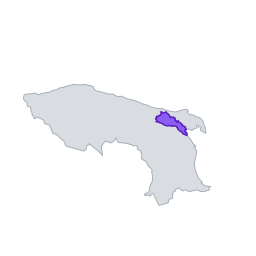 location of Cajamarca within Peru, rotated 128°
{"feature_id": "PER-578", "entity_name": "Cajamarca", "entity_type": "Department", "adm_level": 1, "iso_a3": "PER", "parent_name": "Peru", "parent_adm1": "", "projection": "equal_earth", "projection_center": [-78.825, -6.177], "detail": "fine", "context": "in_parent", "style": "filled", "palette": "violet", "viewbox_px": 256, "rotation_deg": 128, "n_neighbors": 0, "source": "natural_earth", "source_scale": "10m", "svg_char_len": 6773}
<svg xmlns="http://www.w3.org/2000/svg" viewBox="0 0 256 256"><g transform="rotate(128 128 128)"><path d="M170.5,73.1L170.5,73.9L169.8,74.2L169.1,73.7L168.2,73.9L166.8,72.2L163.6,72.4L162.1,74.4L159.9,74.8L157.5,75.7L154.8,76.1L150.6,79.3L149.6,80.6L147.7,82.5L146.1,83.1L145.3,88.8L143.8,92.2L143.2,94.0L144.0,96.8L144.0,98.2L143.1,99.3L142.4,99.4L140.9,100.5L138.8,103.1L138.4,105.0L139.1,107.6L138.8,107.9L137.0,108.4L137.1,109.8L136.7,110.4L138.2,112.4L139.1,112.9L139.1,113.4L139.0,113.9L138.6,114.2L138.6,114.6L139.7,116.2L140.5,119.2L142.0,120.7L142.0,121.7L142.5,122.7L143.3,123.4L145.2,126.5L145.2,127.9L143.2,131.1L146.5,131.1L150.1,132.2L150.6,132.8L151.0,134.2L151.1,135.2L151.8,136.0L151.7,137.7L156.4,137.8L159.5,137.3L164.6,131.9L165.3,131.4L164.9,132.6L164.8,133.5L165.1,134.4L164.5,135.7L164.3,149.0L165.3,148.3L166.4,149.5L167.3,149.6L170.0,148.1L173.2,148.3L180.3,165.6L179.7,166.7L179.7,167.6L178.8,168.4L177.9,169.8L177.7,176.6L176.9,178.7L177.3,179.8L177.7,181.9L178.4,183.2L178.5,184.1L178.5,184.4L177.4,185.1L177.3,186.4L175.5,188.8L175.1,190.4L174.4,191.0L174.3,192.8L175.9,195.9L174.8,197.7L173.8,200.3L175.3,205.9L176.0,206.7L176.7,206.7L177.8,207.2L178.4,208.0L177.0,209.1L176.8,209.5L176.9,211.4L175.4,212.7L173.3,216.3L172.8,216.4L171.8,217.5L171.6,218.0L171.8,218.5L172.6,219.6L172.7,220.9L171.2,222.4L170.2,222.6L169.9,223.0L170.2,225.2L170.2,226.2L169.9,227.3L169.1,228.5L167.0,229.8L165.1,230.1L161.9,226.8L160.9,225.5L157.7,222.8L157.3,219.9L156.2,218.5L154.2,217.5L152.7,216.0L151.5,215.3L148.6,212.1L146.0,211.1L141.0,207.6L138.4,206.5L135.0,203.3L133.1,202.5L131.6,201.0L127.1,197.8L126.4,196.8L125.8,195.2L124.8,194.3L123.7,192.1L122.0,190.9L120.4,189.2L118.4,184.7L117.5,183.7L117.4,181.6L116.8,180.7L117.7,180.0L118.4,176.8L118.1,175.2L115.8,170.9L115.3,169.1L113.7,165.8L113.1,163.9L111.7,162.4L111.2,161.2L110.4,160.7L110.4,159.1L109.9,156.2L109.1,154.8L106.5,152.1L106.2,149.1L105.6,147.0L101.9,138.7L99.8,130.7L97.9,126.2L97.2,123.6L97.1,122.2L95.8,119.9L95.1,117.7L92.0,113.5L90.3,108.8L90.0,107.5L88.8,104.9L86.9,101.6L85.9,100.2L80.1,96.1L77.3,93.6L77.0,92.3L77.1,91.5L77.7,90.8L78.6,91.4L79.1,91.1L79.5,90.2L79.5,88.8L79.0,87.0L77.1,83.6L77.6,82.0L75.7,78.0L76.1,74.1L76.5,73.1L79.4,69.1L80.1,67.4L81.4,66.4L82.6,64.8L84.1,63.6L84.5,64.0L85.0,66.1L84.9,67.5L85.3,69.1L84.3,70.5L83.2,70.2L82.7,70.6L82.6,71.2L82.7,72.3L83.0,72.8L83.9,72.8L82.7,74.9L82.8,75.3L83.6,75.7L84.4,75.2L85.2,74.0L85.6,73.8L88.5,75.8L89.8,75.6L90.8,76.5L91.0,78.0L92.4,80.9L94.5,81.6L94.9,81.4L95.4,80.3L95.8,80.1L95.9,78.5L97.8,76.8L98.0,75.6L97.8,74.8L97.8,74.1L98.9,70.3L99.2,69.9L99.6,68.7L100.0,68.0L100.6,63.7L101.1,63.7L101.6,64.7L102.2,64.5L101.9,63.5L102.0,63.2L104.0,59.8L104.7,59.0L114.5,54.3L119.4,49.5L123.8,42.7L125.1,35.9L125.6,36.4L126.5,36.2L126.2,33.4L126.4,32.1L126.4,31.7L125.0,30.1L124.5,28.3L123.3,27.3L123.3,26.9L124.6,27.2L125.7,27.1L126.7,25.9L127.4,26.0L129.0,27.6L130.2,27.7L130.6,28.8L131.8,29.6L133.4,32.0L134.2,34.6L134.1,35.1L134.8,36.4L136.4,37.1L138.0,38.9L139.7,39.5L140.4,41.2L140.9,41.8L141.1,42.8L140.9,43.9L141.1,44.5L142.3,45.5L143.4,45.6L143.6,46.1L144.2,48.9L143.8,50.3L144.0,51.1L145.3,51.8L145.7,52.4L146.8,52.5L148.4,51.9L150.3,52.8L151.8,52.5L152.4,52.3L153.1,51.6L153.7,51.7L155.2,49.9L155.7,49.7L157.3,50.5L158.6,51.7L160.3,51.5L161.0,50.7L162.2,50.3L164.4,51.8L164.9,52.5L165.5,52.7L167.8,54.2L168.2,54.8L169.5,55.4L169.7,55.9L169.7,56.4L164.1,68.0L165.8,69.0L167.4,68.4L168.2,69.1L168.8,71.0L170.1,72.3L170.5,73.1Z" fill="#d9dde1" stroke="#a8b0b8" stroke-width="1"/><path d="M94.6,81.8L94.9,81.6L95.1,81.3L95.1,81.0L95.2,80.5L95.3,80.3L95.5,80.2L95.9,80.2L96.0,79.9L95.9,79.7L95.8,79.2L95.7,78.9L95.8,78.6L96.0,78.3L96.4,77.8L96.7,77.5L97.5,77.1L97.7,77.4L98.0,78.2L98.2,79.3L98.3,79.7L98.5,80.1L98.6,80.4L98.6,80.5L98.7,81.1L98.7,81.3L98.7,81.5L98.5,81.8L98.4,81.9L98.3,82.0L98.1,82.9L98.1,83.2L98.1,83.4L98.1,83.5L98.3,84.3L98.3,84.7L98.4,85.9L98.4,86.9L98.4,87.1L98.4,87.3L98.3,87.6L98.2,87.8L98.1,88.0L97.7,88.8L97.5,89.2L97.4,89.3L97.2,89.5L97.3,89.6L97.4,89.8L97.3,90.0L97.2,90.1L97.1,90.3L97.0,90.6L97.0,91.1L97.3,91.5L97.4,91.8L97.6,92.3L98.2,93.1L98.2,93.3L98.3,93.5L98.5,93.7L98.6,93.8L98.8,93.8L99.0,93.9L99.1,94.1L99.5,94.4L99.7,94.6L99.8,94.8L99.9,95.3L100.2,95.9L100.6,96.9L100.8,97.2L101.3,97.5L101.5,97.8L101.9,98.0L102.0,98.1L102.2,98.5L102.4,98.8L102.5,99.0L102.8,100.2L103.3,101.2L103.3,101.5L103.4,102.2L103.4,102.3L103.2,102.3L103.2,102.5L103.3,102.7L103.4,102.8L103.4,103.0L103.3,103.4L103.4,103.7L103.4,104.0L103.5,104.3L103.7,104.5L103.9,105.0L104.0,105.8L104.1,106.0L104.3,106.2L104.3,106.4L104.3,106.5L104.5,106.6L104.6,106.8L104.5,107.2L104.5,107.3L104.7,107.5L104.7,108.0L104.8,108.4L105.0,108.6L105.2,108.8L105.4,109.0L105.5,109.4L105.3,109.3L105.2,109.3L104.9,109.4L104.7,109.4L104.6,109.5L104.1,109.8L104.1,110.0L104.2,110.3L104.2,110.6L104.2,110.9L104.1,111.2L104.0,111.6L103.9,111.7L103.5,111.7L103.4,111.7L103.0,111.9L102.9,112.0L102.8,111.9L102.7,111.9L102.6,111.7L102.4,111.6L101.9,112.2L101.6,112.5L101.3,112.7L101.2,112.7L101.0,112.2L100.9,112.1L100.8,111.9L100.7,111.9L100.4,111.7L100.2,111.4L99.8,111.4L99.4,111.3L99.2,111.2L99.0,110.9L98.6,110.6L98.3,110.5L98.1,110.5L97.9,110.5L97.7,110.7L97.4,110.5L97.0,110.3L96.9,110.4L96.7,110.5L96.4,110.7L96.2,110.7L95.8,110.8L95.6,110.9L95.6,111.0L95.5,111.3L95.4,111.5L95.3,111.8L95.2,112.0L94.6,111.5L94.6,111.4L94.6,111.1L94.7,110.8L94.7,110.7L94.6,110.4L94.4,109.8L94.4,109.7L94.2,109.3L93.7,108.8L93.5,108.7L93.2,108.6L92.6,108.3L92.2,108.2L92.0,107.9L91.9,107.8L92.0,107.5L92.1,107.4L92.2,107.2L92.3,106.8L92.3,106.7L92.3,106.4L92.2,106.0L92.3,104.3L92.4,104.2L92.5,104.1L92.5,103.9L92.5,103.0L92.5,102.9L92.7,102.7L92.9,102.6L93.1,102.4L93.4,101.9L93.5,101.8L93.7,101.7L93.8,101.5L93.8,101.4L93.8,101.1L93.7,100.9L93.2,100.7L92.8,100.5L92.6,100.5L92.4,100.3L92.2,99.8L92.1,99.3L92.0,99.1L91.9,99.0L91.8,98.9L91.7,98.9L91.4,98.8L91.4,98.2L91.5,98.0L91.5,97.8L91.5,97.7L91.4,97.6L91.3,97.3L91.3,97.2L91.4,96.8L91.5,96.7L91.7,96.4L91.8,96.3L92.0,96.2L92.7,96.1L93.0,95.6L93.1,95.3L93.1,95.2L92.9,95.0L92.7,94.9L92.7,94.7L92.8,94.4L93.2,93.8L93.3,93.7L93.3,93.3L93.3,93.2L93.2,93.2L92.9,93.0L92.8,92.9L92.7,92.8L92.6,92.7L92.4,92.8L92.1,93.1L92.0,92.9L91.9,92.8L91.7,92.9L91.4,92.8L91.5,92.7L91.8,92.3L91.9,92.2L92.0,92.1L92.2,91.9L92.1,91.4L91.9,91.2L91.8,90.9L91.8,90.6L91.7,90.2L91.6,89.9L91.8,89.1L91.8,88.5L91.8,88.3L91.8,88.2L91.7,87.9L91.8,87.7L91.9,87.3L92.0,87.2L92.2,87.3L92.3,87.3L92.5,87.1L92.4,85.5L92.3,85.4L92.2,85.3L92.1,85.2L92.1,84.8L92.1,84.6L92.1,84.4L91.9,83.8L91.9,83.6L92.0,83.4L92.2,83.1L92.3,83.0L92.4,82.8L92.6,82.4L92.8,82.2L92.9,81.7L93.0,81.6L93.2,81.3L93.4,81.3L93.6,81.3L93.8,81.5L94.0,81.5L94.3,81.5L94.5,81.6L94.6,81.8Z" fill="#8b5cf6" stroke="#5b21b6" stroke-width="1.5"/></g></svg>